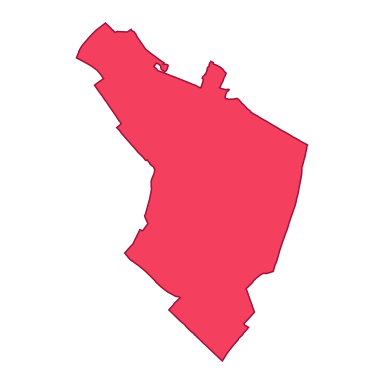 outline of Cordareni, Botosani, Romania
{"feature_id": "2599482B43153830324809", "entity_name": "Cordareni", "entity_type": "district", "adm_level": 2, "iso_a3": "ROU", "parent_name": "Romania", "parent_adm1": "Botosani", "projection": "mercator", "projection_center": [26.59, 47.999], "detail": "fine", "context": "isolated", "style": "filled", "palette": "rose", "viewbox_px": 384, "rotation_deg": 0, "n_neighbors": 0, "source": "geoboundaries", "source_scale": "gbopen_adm2", "svg_char_len": 5810}
<svg xmlns="http://www.w3.org/2000/svg" viewBox="0 0 384 384"><path d="M248.6,327.3L245.9,325.8L244.6,325.0L243.9,323.7L250.5,316.6L254.5,312.1L252.8,307.6L251.3,303.0L250.6,301.3L248.8,296.2L248.1,294.0L247.1,291.3L246.1,288.5L247.2,287.7L252.2,282.9L252.6,282.5L253.3,281.1L254.1,280.2L254.8,279.7L256.8,277.6L258.7,276.3L260.0,275.2L260.8,274.7L262.7,273.6L263.4,273.4L264.6,273.3L265.7,273.6L266.9,273.4L268.4,272.8L269.9,272.6L271.5,271.9L273.2,271.5L274.5,266.7L275.1,264.9L275.4,264.1L275.6,264.0L276.1,262.7L276.5,261.9L276.6,261.4L277.0,260.3L279.7,250.6L282.3,242.6L283.8,238.5L285.1,234.8L287.6,228.2L289.1,222.9L289.8,220.8L290.4,219.1L290.7,218.0L291.9,214.7L292.2,213.8L292.6,212.9L292.7,212.3L293.9,208.9L294.5,207.4L295.0,205.9L295.3,204.7L295.6,203.8L296.1,201.7L296.2,200.8L296.5,199.8L296.7,198.4L297.3,196.7L298.4,191.8L298.7,189.9L301.0,177.9L301.3,176.1L301.6,174.6L301.9,169.1L301.8,167.8L302.3,166.3L303.0,163.8L303.6,161.7L304.1,159.3L304.5,158.1L305.4,155.1L305.6,153.3L306.1,151.0L306.6,148.9L306.9,146.7L307.2,145.7L307.6,145.0L300.7,141.3L299.6,140.5L294.2,137.5L293.4,137.2L292.4,136.5L288.4,134.1L287.7,133.6L286.6,133.1L285.4,132.3L282.2,130.7L280.1,129.5L277.1,127.5L276.2,127.2L275.2,126.4L274.6,126.2L273.7,125.7L272.8,125.1L266.6,121.4L261.2,118.4L259.2,117.2L257.2,115.8L254.2,114.3L253.1,113.6L251.2,112.4L250.9,112.3L250.7,112.0L250.7,111.6L250.5,111.3L249.5,110.4L247.3,108.8L245.2,106.4L243.3,104.4L243.0,104.1L241.9,103.5L241.2,102.3L240.3,101.4L239.5,100.3L238.2,99.1L237.6,98.9L237.2,98.4L235.3,98.6L235.1,98.9L234.6,99.1L234.3,98.9L233.6,99.1L233.0,99.1L232.1,99.3L230.5,99.1L229.2,99.4L228.6,99.3L227.5,98.8L226.2,98.8L225.6,98.6L225.4,98.4L225.2,96.2L225.7,95.1L225.7,94.9L225.8,94.2L226.2,93.2L226.7,92.1L227.0,91.7L228.1,91.0L228.7,90.5L229.2,89.6L229.1,89.4L228.1,89.3L227.5,89.3L226.2,89.6L225.5,89.6L224.7,89.3L224.3,89.4L223.8,89.1L222.5,88.9L220.2,88.1L219.7,87.7L221.0,85.1L221.3,84.2L221.6,83.7L221.7,83.4L222.3,82.4L222.9,81.2L224.1,77.7L225.0,76.1L225.8,74.1L226.1,73.4L226.1,73.1L224.3,71.4L223.6,70.4L223.0,69.4L222.7,69.0L221.7,68.7L221.0,67.7L220.5,67.3L218.7,66.4L216.6,65.2L213.3,63.9L213.1,63.6L213.3,62.6L210.9,61.3L210.6,61.9L210.0,62.6L209.5,63.5L209.1,65.0L209.4,65.2L209.5,65.4L209.3,65.8L208.9,66.4L207.9,67.1L207.7,67.4L207.5,67.8L207.2,69.0L206.4,72.2L206.0,72.7L206.0,73.4L205.9,73.6L205.4,74.2L205.1,74.1L204.9,74.3L204.8,74.6L204.7,75.0L203.8,75.7L203.5,75.9L202.9,76.7L202.3,77.9L202.2,78.3L202.5,78.6L203.4,79.5L203.4,79.9L203.1,80.5L202.9,81.7L201.9,84.7L201.6,85.7L201.4,86.4L201.1,86.6L201.0,87.4L201.0,87.7L200.9,87.9L200.4,87.8L198.0,86.8L196.0,85.6L194.6,85.0L192.5,84.3L190.6,83.4L187.0,82.0L186.8,81.8L186.3,81.7L183.7,80.7L182.2,80.0L181.4,79.8L179.0,78.8L176.6,77.9L174.1,76.8L171.7,76.0L167.0,74.1L165.4,73.6L164.4,73.1L159.2,71.1L157.9,70.8L157.3,69.9L156.7,69.0L153.8,66.5L153.8,66.3L155.5,64.4L156.3,63.1L157.9,63.7L160.5,65.6L160.6,66.0L160.7,67.4L161.2,69.1L161.5,69.6L162.2,70.0L162.6,70.6L163.1,70.5L163.4,70.6L163.7,71.0L164.8,71.7L165.1,71.7L165.3,71.6L166.2,70.6L166.6,70.1L167.5,68.3L167.6,67.5L168.2,65.7L168.1,65.3L167.9,65.0L167.3,64.7L166.0,64.3L164.9,64.2L164.4,64.4L164.2,64.5L163.9,64.6L163.7,64.6L163.1,64.1L164.0,62.9L159.4,59.7L150.3,53.0L145.8,49.3L145.2,48.6L142.2,44.2L140.8,42.3L138.5,38.8L137.7,37.7L137.0,36.6L135.9,34.2L135.0,33.1L134.7,32.6L134.5,32.2L133.7,31.6L132.4,31.1L131.6,30.3L131.1,29.3L129.9,30.3L127.8,31.7L127.0,32.0L117.6,31.5L116.2,31.9L115.0,32.5L114.1,31.4L111.6,29.1L110.2,27.5L105.4,23.0L95.8,30.5L92.5,33.8L89.4,37.1L83.5,43.9L82.0,45.7L80.9,47.6L79.7,49.5L79.1,50.9L79.3,50.9L76.4,57.8L81.5,60.5L88.2,64.2L89.4,64.8L92.5,66.8L96.7,70.0L97.3,70.5L100.1,73.8L103.6,78.6L99.3,81.6L94.5,85.2L99.6,92.5L102.6,96.5L103.5,98.0L105.3,100.6L106.0,101.4L108.7,105.4L116.2,116.3L119.0,120.6L121.2,123.6L119.3,125.6L118.2,126.5L117.4,127.0L116.7,127.6L117.2,128.1L117.9,128.8L119.6,130.5L121.2,132.9L124.6,136.9L128.7,141.5L132.7,146.1L133.9,147.4L136.6,150.5L137.7,152.0L142.7,156.8L145.0,159.6L145.6,160.3L146.3,160.5L146.8,160.2L147.1,159.9L147.5,159.9L147.7,160.1L147.7,160.5L148.1,161.2L149.7,163.1L149.9,164.0L150.1,164.3L150.5,164.7L152.9,166.4L153.3,166.8L153.7,167.3L154.3,168.9L154.6,169.4L154.9,169.7L154.0,173.6L153.6,174.7L152.2,177.8L151.1,181.1L151.2,183.7L151.2,185.0L151.3,187.2L151.4,187.7L151.4,189.9L150.0,197.0L149.7,198.6L146.6,209.9L145.5,213.9L144.6,215.9L145.3,218.0L147.9,223.7L146.9,225.0L142.6,230.9L139.9,229.6L132.9,244.0L131.1,245.9L128.1,249.1L126.4,251.2L124.7,253.0L125.4,253.8L125.9,254.4L126.5,255.3L127.3,256.0L127.6,256.5L127.7,256.8L128.6,257.8L129.8,259.3L132.3,261.2L132.5,260.9L132.6,261.0L133.2,261.4L133.8,262.2L134.9,262.9L135.2,263.2L137.5,264.9L138.2,265.3L139.3,266.1L140.0,266.9L141.6,268.0L144.3,270.3L145.8,271.6L150.7,276.4L154.4,280.1L155.3,281.1L155.7,281.9L157.7,283.8L158.5,284.6L159.9,285.8L161.5,287.3L162.3,287.8L162.6,288.2L163.7,288.9L164.3,289.5L167.7,292.0L175.0,296.0L176.2,296.5L176.8,296.6L177.6,296.6L178.7,296.7L179.4,297.1L180.3,297.7L178.4,299.2L176.5,301.3L175.5,302.2L174.7,302.8L174.2,303.4L173.9,304.1L173.6,304.6L172.3,306.1L169.3,309.3L168.8,310.0L171.7,312.6L176.3,317.2L181.0,321.7L183.3,323.5L185.2,325.1L185.2,325.4L185.5,325.9L185.9,326.2L186.3,326.8L187.3,327.7L187.5,328.2L188.5,328.7L188.6,329.3L189.2,329.7L190.4,330.7L190.9,331.3L193.5,333.4L194.1,334.1L194.6,334.3L194.4,334.7L194.8,334.8L195.2,335.2L195.8,335.8L196.7,336.4L197.2,337.3L198.5,338.3L199.4,339.2L203.3,343.1L204.2,344.0L205.2,344.7L206.4,345.8L208.5,347.9L222.3,361.0L227.1,353.3L230.2,349.2L233.4,345.2L234.6,343.8L235.3,343.1L237.1,340.9L238.2,339.8L238.3,339.1L238.7,338.4L241.6,335.8L242.8,334.4L243.6,333.1L244.7,332.0L245.8,330.7L247.1,329.3L247.9,328.1L248.6,327.3Z" fill="#f43f5e" stroke="#9f1239" stroke-width="1.5"/></svg>